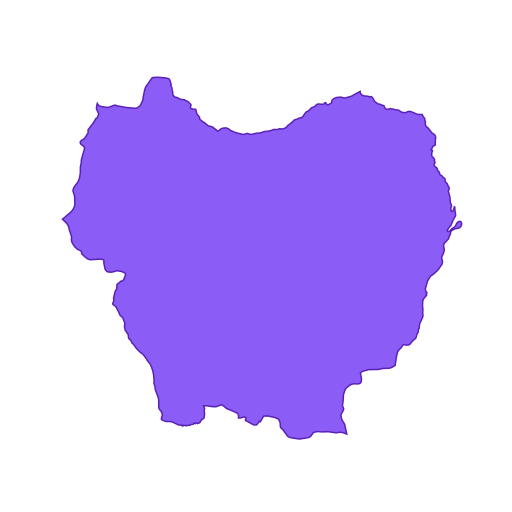 the district of Mutiscua, Norte de Santander, Colombia, rotated 10°
{"feature_id": "7082276B67639044969087", "entity_name": "Mutiscua", "entity_type": "district", "adm_level": 2, "iso_a3": "COL", "parent_name": "Colombia", "parent_adm1": "Norte de Santander", "projection": "albers", "projection_center": [-72.759, 7.314], "detail": "fine", "context": "isolated", "style": "filled", "palette": "violet", "viewbox_px": 512, "rotation_deg": 10, "n_neighbors": 0, "source": "geoboundaries", "source_scale": "gbopen_adm2", "svg_char_len": 6047}
<svg xmlns="http://www.w3.org/2000/svg" viewBox="0 0 512 512"><g transform="rotate(10 256 256)"><path d="M440.6,231.8L440.7,229.3L439.0,225.0L440.2,220.4L440.4,217.3L438.9,213.2L439.0,211.7L439.4,210.6L442.6,205.6L442.9,202.9L443.6,200.9L443.6,198.3L444.1,197.2L446.9,194.8L450.3,193.6L451.4,192.9L452.4,191.7L453.0,190.2L452.9,188.4L452.3,187.1L451.5,186.6L451.0,186.4L449.5,186.9L448.2,188.5L447.2,191.8L446.2,193.2L443.9,195.4L442.4,197.8L441.6,198.5L440.4,198.4L440.0,197.8L440.0,197.4L440.9,194.9L442.6,192.2L443.9,186.4L445.6,181.7L445.1,179.5L443.9,176.3L443.4,173.7L443.1,173.2L442.7,173.2L442.6,175.5L442.0,177.5L441.3,178.2L440.8,178.1L440.0,176.9L439.6,174.8L439.9,173.0L439.6,171.9L438.0,169.4L436.7,164.1L434.1,158.7L434.6,156.5L434.3,155.0L432.9,153.5L431.9,151.7L429.6,150.0L428.6,147.0L427.9,146.5L426.6,146.1L425.5,144.9L423.4,144.2L421.3,140.9L420.0,140.3L419.2,138.3L418.3,137.5L416.7,136.8L415.6,135.6L415.6,134.5L416.0,133.7L416.0,132.5L415.1,131.1L415.2,130.1L413.8,128.5L412.3,127.6L411.6,126.6L411.2,123.8L411.6,121.7L410.9,121.3L410.1,121.3L409.9,120.9L410.6,119.7L411.0,117.4L413.2,115.8L412.4,109.4L412.5,108.3L411.6,106.4L410.8,105.5L407.7,104.1L403.6,100.3L400.9,98.7L399.9,97.0L399.5,94.2L398.5,92.7L398.4,91.4L396.4,89.6L395.1,87.8L390.4,88.5L384.1,87.0L382.1,86.9L380.7,87.3L378.4,88.8L376.0,89.2L374.6,89.1L370.5,87.5L368.0,87.9L366.3,87.5L365.3,87.4L364.2,87.9L363.3,87.5L362.6,87.5L360.1,88.8L358.7,88.7L357.5,88.1L355.8,85.7L354.0,85.6L352.0,85.0L350.0,85.1L346.8,83.6L345.4,82.6L344.3,80.9L342.3,79.1L341.6,79.0L339.7,79.7L338.8,79.2L334.8,79.6L332.1,79.0L330.4,77.4L330.0,75.8L322.0,82.2L320.1,83.1L315.8,85.1L311.9,84.8L308.4,85.7L305.9,87.0L304.2,88.8L303.6,90.1L303.9,92.0L301.4,94.2L300.0,94.6L299.0,94.4L298.2,93.0L297.8,92.9L297.4,93.0L296.4,94.5L295.3,95.1L291.2,95.4L289.7,96.0L287.7,98.7L284.8,100.5L283.3,102.9L282.2,104.2L280.7,105.1L279.7,106.6L277.5,111.4L274.2,112.9L272.8,114.0L269.8,115.6L268.8,117.5L267.6,118.6L267.1,119.6L264.9,121.6L263.4,124.3L260.2,126.3L257.0,126.6L254.9,127.8L251.4,128.3L249.2,129.7L246.6,130.9L242.8,131.9L238.9,134.1L235.1,135.0L230.8,136.9L229.3,137.2L226.1,136.8L222.5,138.5L219.0,138.4L213.1,137.8L208.2,136.4L207.1,135.6L204.3,135.0L201.5,135.7L199.4,136.9L196.9,139.8L191.2,136.7L188.7,136.2L186.6,136.2L182.9,134.2L182.4,133.6L180.3,133.1L178.3,131.8L177.0,131.4L176.2,129.0L173.1,126.3L171.2,122.0L168.4,122.3L166.4,122.0L165.7,121.4L165.6,120.1L165.8,118.8L165.5,118.0L162.4,115.9L158.2,114.5L154.7,114.8L150.4,113.6L148.1,113.5L146.0,111.5L145.5,108.9L144.6,107.2L144.0,105.0L142.7,103.3L142.8,102.1L140.7,97.8L139.4,96.6L136.1,96.3L128.4,97.0L124.2,97.9L122.8,98.5L118.0,108.6L117.5,111.9L117.3,119.5L117.5,122.0L116.5,126.0L115.8,128.0L114.3,129.8L112.2,131.4L102.2,132.3L93.3,132.2L91.3,131.9L90.0,132.2L84.9,135.3L81.4,135.6L76.5,135.6L74.4,134.6L73.2,133.3L73.0,135.5L73.3,138.8L76.3,143.2L76.3,144.8L75.6,147.4L74.6,148.2L72.5,153.6L68.8,160.6L68.8,161.9L69.3,163.8L67.1,169.2L65.9,170.9L64.0,172.4L63.1,174.1L63.2,174.9L63.9,176.1L67.5,178.1L68.5,179.6L67.3,191.7L67.7,194.7L67.6,198.9L68.6,205.1L68.6,209.8L67.9,213.9L65.2,219.0L64.4,221.5L64.4,223.6L67.0,228.6L68.7,236.8L68.4,239.6L67.4,242.7L66.0,245.0L59.0,253.4L64.2,256.9L66.4,259.6L67.4,262.3L71.1,269.1L71.2,271.1L71.8,273.4L72.6,274.8L74.6,277.1L76.0,278.5L79.4,280.6L81.4,280.9L83.2,281.8L83.8,283.1L83.8,284.0L87.9,286.7L90.7,288.1L93.2,288.5L103.7,286.0L105.7,286.1L106.9,286.5L107.4,289.5L109.8,295.4L111.9,297.2L113.6,297.4L116.7,297.0L121.9,294.6L126.5,294.6L129.8,295.5L130.5,296.1L130.7,298.0L129.7,302.6L128.4,303.9L126.9,304.5L126.4,305.7L124.4,307.5L124.0,308.8L124.6,312.5L123.6,314.6L123.3,316.7L123.1,322.4L123.8,325.0L123.2,327.0L123.3,328.2L123.9,328.8L125.4,329.4L126.9,330.4L130.4,334.9L131.9,337.3L132.7,338.2L135.5,339.9L138.3,344.6L138.6,345.7L138.6,348.1L139.9,351.3L140.3,352.2L141.7,353.2L142.2,354.2L143.6,355.1L144.7,358.8L145.2,359.5L147.4,360.9L149.1,363.4L150.6,364.2L154.3,367.8L158.6,370.9L161.1,372.0L162.5,373.0L166.2,376.6L167.1,377.9L170.4,380.6L172.6,383.9L174.6,387.7L176.0,391.5L177.1,395.5L177.6,399.2L179.0,401.7L180.1,405.3L183.8,411.4L185.1,414.4L186.6,422.4L187.4,423.6L190.2,426.2L191.1,428.0L191.4,429.0L191.0,431.4L191.2,433.2L192.8,434.1L196.8,434.6L198.7,434.1L202.1,433.9L208.9,435.8L211.9,435.6L213.4,436.2L213.5,435.3L216.1,435.2L216.9,435.4L217.4,434.9L218.4,434.5L219.7,434.5L221.4,433.3L223.6,432.4L223.9,431.4L225.5,431.6L225.8,430.9L226.6,430.7L227.5,431.2L229.5,430.0L230.7,427.0L232.9,424.7L232.9,421.1L231.8,416.9L231.9,415.1L230.3,412.6L233.2,412.1L239.7,411.9L243.0,411.3L247.2,408.8L248.7,408.7L250.1,409.3L253.4,411.3L260.8,412.9L265.0,414.2L265.8,414.7L266.5,416.4L266.9,418.6L269.1,418.1L271.8,416.7L273.8,416.7L274.5,417.7L274.0,418.8L274.0,419.4L274.5,419.9L283.0,422.7L285.5,422.4L286.2,421.9L288.0,418.2L288.8,418.7L289.8,416.7L290.4,414.6L291.4,412.4L293.1,411.9L295.0,411.8L295.5,411.3L297.7,411.7L301.1,411.6L305.7,412.4L307.4,413.8L308.8,416.2L309.6,419.8L310.4,421.0L313.7,423.2L314.2,424.1L317.4,426.8L318.0,427.8L320.2,428.7L322.7,428.9L330.7,428.7L339.7,425.5L341.4,423.6L343.0,420.3L343.7,419.5L347.1,418.2L351.4,417.8L357.6,416.5L365.8,416.2L367.1,415.6L370.3,414.8L372.6,414.9L376.3,415.6L372.5,406.3L369.4,402.8L368.2,400.7L367.3,398.1L367.5,396.7L368.8,392.8L368.9,391.2L367.1,388.4L367.0,384.1L366.2,377.3L367.1,371.5L369.2,368.7L371.7,366.2L374.2,364.9L378.1,364.4L380.3,363.6L381.4,362.1L381.3,358.7L379.1,353.0L380.9,351.1L386.8,348.3L395.7,346.6L400.7,344.7L406.8,343.4L409.0,342.2L412.0,339.6L411.8,331.2L412.1,325.8L412.7,324.3L415.1,320.7L416.0,318.4L416.5,317.7L419.8,317.6L421.4,317.2L422.7,316.5L424.4,313.4L426.1,310.9L427.0,310.1L427.8,308.6L428.0,305.5L429.0,302.6L428.7,300.5L429.3,298.7L429.0,296.7L429.0,294.1L430.8,287.1L430.8,285.8L429.9,282.3L429.8,280.4L428.5,275.4L428.1,271.9L428.1,270.7L428.7,268.6L430.9,265.0L430.0,263.6L430.8,262.6L429.1,260.8L428.5,259.2L429.2,251.1L431.3,245.7L434.3,242.6L437.6,238.3L440.6,231.8Z" fill="#8b5cf6" stroke="#5b21b6" stroke-width="1.5"/></g></svg>